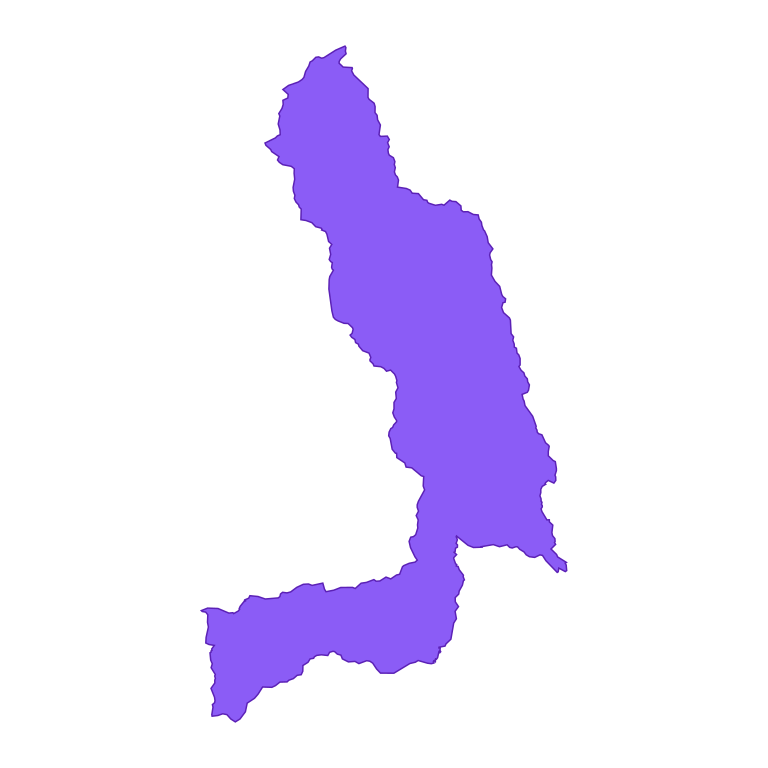 the district of Asau, Bacau, Romania
{"feature_id": "2599482B80078644800542", "entity_name": "Asau", "entity_type": "district", "adm_level": 2, "iso_a3": "ROU", "parent_name": "Romania", "parent_adm1": "Bacau", "projection": "albers", "projection_center": [26.302, 46.524], "detail": "fine", "context": "isolated", "style": "filled", "palette": "violet", "viewbox_px": 768, "rotation_deg": 0, "n_neighbors": 0, "source": "geoboundaries", "source_scale": "gbopen_adm2", "svg_char_len": 6101}
<svg xmlns="http://www.w3.org/2000/svg" viewBox="0 0 768 768"><path d="M212.1,716.2L217.9,715.5L222.7,713.8L226.9,714.6L230.8,719.0L235.3,721.9L240.0,719.0L245.4,711.8L247.2,703.1L254.5,698.3L258.1,694.1L262.6,687.0L271.9,687.3L275.5,685.6L279.9,682.1L287.1,681.9L288.9,680.2L293.4,678.6L297.2,675.3L301.2,674.7L302.8,671.2L302.9,665.5L308.0,662.3L310.1,658.9L313.6,658.3L314.4,656.8L316.7,655.4L321.4,654.8L327.8,655.5L329.6,652.3L333.0,651.3L334.6,651.6L337.3,654.1L340.9,655.1L342.4,658.9L348.4,661.9L355.0,661.4L358.9,663.6L366.7,660.7L369.8,661.2L372.7,663.1L376.6,669.0L380.5,673.1L393.9,673.2L409.9,663.5L415.4,662.2L418.1,660.5L427.5,663.2L431.3,663.7L434.0,663.0L434.0,661.9L433.4,661.7L433.8,660.7L434.7,660.3L435.4,661.3L435.6,658.9L436.5,659.2L437.6,657.7L439.0,651.4L439.4,651.0L440.0,652.5L440.7,651.7L440.0,650.2L440.2,648.0L438.9,647.9L439.0,647.2L445.0,646.1L446.0,643.9L450.9,639.2L453.7,623.1L456.4,618.8L455.1,611.3L458.5,606.6L455.3,601.8L455.2,597.6L458.7,594.1L459.2,591.0L462.4,585.2L463.4,580.8L464.4,579.9L463.2,576.8L463.4,575.2L459.2,569.7L458.1,566.5L456.3,566.0L456.7,564.5L455.6,563.8L453.7,558.5L453.8,557.6L456.6,554.6L454.1,552.2L455.1,551.7L455.5,548.2L457.4,547.2L457.5,544.9L456.1,543.4L457.4,539.7L456.2,536.8L456.5,536.0L468.0,545.3L473.5,547.5L481.7,547.2L481.3,546.7L493.3,544.6L499.5,546.7L507.1,544.8L509.7,547.4L512.2,548.0L516.0,546.7L517.6,546.9L519.8,549.4L524.0,551.9L526.2,554.8L529.4,556.7L534.7,557.4L539.9,554.9L542.5,555.4L545.9,560.7L557.2,572.4L558.2,571.8L558.8,568.1L565.3,571.6L566.7,570.6L566.2,565.1L565.2,563.1L566.4,562.4L557.6,556.9L556.6,554.5L551.0,549.0L555.6,544.4L554.5,542.4L555.1,541.5L554.9,538.6L552.5,535.6L551.9,532.6L552.8,525.1L549.4,521.9L549.3,519.8L546.9,519.9L541.9,511.5L541.1,508.8L542.3,506.9L542.2,505.4L541.5,504.5L542.0,502.2L541.2,501.5L541.0,498.6L539.9,495.8L540.8,492.7L540.8,489.3L542.2,486.4L545.6,484.3L545.0,483.9L545.6,482.6L548.2,480.4L553.9,483.1L555.8,480.4L555.7,476.9L555.0,475.2L556.4,470.6L556.4,468.6L555.3,461.6L553.1,460.5L548.3,455.8L548.3,451.4L549.2,446.5L548.8,445.5L545.5,442.7L541.9,434.8L538.6,433.7L537.2,432.1L537.0,430.1L535.8,428.0L536.2,426.3L532.7,416.3L525.0,405.6L524.1,401.0L523.1,399.1L522.1,394.4L527.3,392.3L528.5,390.2L529.4,384.9L527.7,381.9L527.3,378.8L524.8,376.0L523.9,372.8L521.1,370.3L518.9,366.5L520.1,365.0L520.1,358.5L518.8,354.9L517.0,353.0L516.4,348.2L514.3,347.1L514.2,344.1L512.8,340.2L513.6,336.9L511.1,333.6L510.4,320.1L509.4,317.9L503.5,312.6L501.6,307.5L503.0,302.7L505.1,302.2L505.6,298.8L502.8,296.5L501.7,294.4L499.7,286.4L495.0,281.4L491.4,275.1L491.9,268.0L491.5,264.6L492.1,261.8L490.7,259.6L489.6,255.0L490.2,252.7L492.9,248.9L488.2,242.7L487.2,236.7L484.6,230.9L483.5,229.8L481.9,225.5L481.4,222.2L479.1,218.9L478.2,214.9L473.4,214.5L468.0,211.7L463.3,211.8L461.2,210.2L460.9,205.9L455.9,201.6L451.9,201.3L449.8,200.1L444.0,205.2L441.7,204.3L435.4,205.3L428.8,203.2L427.7,202.4L426.9,200.3L423.5,199.7L418.4,193.6L412.2,193.2L410.1,190.1L406.4,188.5L397.5,187.1L398.5,180.1L397.3,176.9L395.5,175.0L394.4,171.9L395.3,167.6L394.3,164.6L394.9,161.6L393.4,157.7L389.3,155.2L388.4,153.2L387.9,149.6L389.2,146.8L387.6,142.6L389.3,139.5L387.3,136.1L380.4,136.4L379.0,134.6L380.4,125.0L377.6,119.8L377.1,115.3L375.0,112.6L375.1,106.6L374.1,103.2L369.1,99.3L368.0,97.4L368.1,88.6L353.8,75.0L351.6,70.8L352.4,68.6L352.1,67.6L343.2,67.1L339.1,63.2L339.2,61.4L340.7,58.8L346.1,53.8L345.4,51.1L345.9,47.6L345.0,46.1L335.8,50.1L324.0,57.6L321.7,58.2L318.6,56.9L315.8,57.3L312.3,60.8L310.1,62.0L308.8,66.0L305.6,71.4L303.9,77.4L302.1,79.5L298.4,82.0L288.6,85.4L282.9,89.5L288.2,94.4L287.8,98.0L282.9,100.3L283.2,104.4L282.0,108.4L278.8,113.6L279.8,116.0L278.2,124.0L280.0,130.0L280.2,134.7L277.4,135.9L275.4,137.9L265.0,143.0L265.9,145.3L270.7,149.5L271.7,151.6L279.0,156.6L277.5,160.0L279.3,162.3L282.8,164.7L291.2,166.3L294.3,168.7L294.1,173.3L294.7,179.2L293.1,187.4L293.4,191.2L294.9,195.3L294.3,198.5L296.0,202.1L298.6,204.8L299.2,207.0L301.2,209.1L300.9,219.7L306.0,220.5L311.8,222.6L315.7,226.7L321.1,228.1L322.0,229.2L321.6,230.0L325.5,231.5L326.9,234.2L328.6,241.5L331.8,244.4L329.5,248.2L330.7,254.4L329.2,259.5L330.7,261.6L332.3,262.6L331.6,267.3L332.2,269.1L333.4,270.2L329.8,276.5L329.2,279.5L328.9,289.1L331.9,310.9L333.4,317.2L335.3,319.4L338.0,320.9L344.0,323.3L348.1,323.5L352.5,327.7L353.1,329.3L352.1,333.4L350.1,335.1L351.7,337.3L354.9,339.5L355.6,342.6L358.4,344.2L358.9,346.2L362.7,350.7L369.0,353.1L370.8,357.4L369.9,359.8L370.1,361.0L373.0,363.7L374.0,366.0L380.8,366.7L384.0,368.4L386.5,371.2L390.6,370.1L394.5,374.0L395.7,376.4L396.9,380.6L396.4,382.5L398.0,387.8L395.7,392.1L396.3,398.5L394.0,402.4L394.0,408.9L392.8,412.8L394.3,417.0L396.6,420.5L396.6,421.7L393.7,424.9L392.6,427.5L390.8,428.6L389.1,432.1L388.7,435.8L390.2,438.5L392.2,449.3L395.4,453.2L396.6,453.3L396.8,457.6L404.8,462.9L406.1,467.1L411.7,467.8L421.3,475.8L423.7,476.5L423.2,486.0L424.6,489.9L418.4,501.3L417.2,504.8L417.2,507.4L418.5,511.1L416.2,515.6L418.2,519.9L417.5,524.8L417.8,528.0L415.7,534.7L413.5,536.6L410.7,537.2L409.1,541.4L410.5,547.6L415.0,556.9L417.3,560.1L415.1,562.1L409.2,563.3L403.8,565.6L402.5,566.7L399.6,574.3L396.5,575.0L390.8,578.9L386.0,577.1L379.8,581.0L376.1,581.2L373.9,579.6L366.5,582.4L361.1,583.2L355.2,588.5L352.6,587.4L340.7,587.5L333.8,590.2L326.0,591.7L324.5,589.2L322.8,583.1L312.1,585.4L308.5,584.0L303.3,584.3L296.7,587.4L290.7,591.9L287.0,592.9L282.6,592.3L280.5,594.0L279.9,596.6L278.2,597.9L265.3,599.0L258.0,596.5L249.9,595.7L248.7,598.2L244.7,599.9L244.5,600.3L245.4,600.9L243.8,601.8L240.2,606.3L239.2,608.6L239.6,609.2L238.3,611.0L233.7,613.6L232.9,612.7L228.9,613.1L218.0,608.5L207.6,608.1L201.3,610.6L202.2,611.5L205.7,612.1L207.8,614.8L207.5,622.3L208.4,627.0L206.1,637.4L205.8,643.0L209.0,644.5L214.3,645.4L211.7,649.0L212.0,650.4L211.1,650.9L211.0,652.2L210.0,652.8L210.7,660.1L212.3,663.8L211.1,667.7L215.3,674.5L214.7,676.0L215.4,678.4L214.8,680.0L214.8,683.0L211.0,688.4L214.5,697.2L215.0,700.6L214.6,702.7L212.4,704.6L213.0,707.1L211.8,714.7L212.1,716.2Z" fill="#8b5cf6" stroke="#5b21b6" stroke-width="1.5"/></svg>